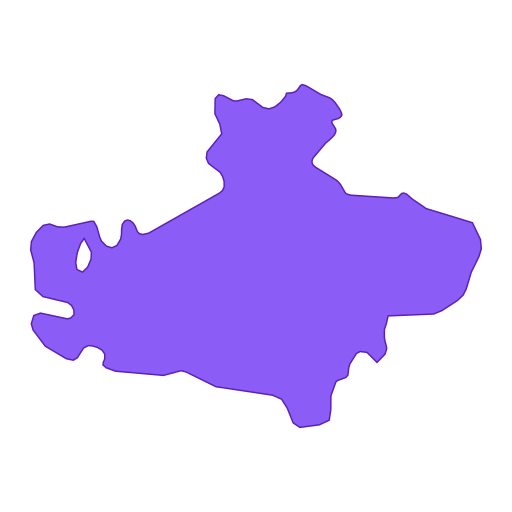 the Province of Avellino
{"feature_id": "ITA-5399", "entity_name": "Avellino", "entity_type": "Province", "adm_level": 1, "iso_a3": "ITA", "parent_name": "Italy", "parent_adm1": "", "projection": "albers", "projection_center": [15.029, 41.0], "detail": "fine", "context": "isolated", "style": "filled", "palette": "violet", "viewbox_px": 512, "rotation_deg": 0, "n_neighbors": 0, "source": "natural_earth", "source_scale": "10m", "svg_char_len": 2233}
<svg xmlns="http://www.w3.org/2000/svg" viewBox="0 0 512 512"><path d="M67.1,318.8L70.7,318.1L74.0,314.7L73.9,310.0L71.5,305.4L67.6,302.5L43.0,296.6L35.3,289.6L34.1,262.8L30.7,250.0L31.4,241.6L36.4,232.3L43.2,225.4L49.6,224.0L57.4,226.8L64.1,227.2L91.2,221.2L93.8,221.4L96.8,226.8L99.7,237.1L101.5,241.2L106.5,246.2L111.9,247.8L116.9,245.5L120.7,239.0L121.5,234.4L121.6,229.2L122.3,224.5L124.7,221.0L127.6,220.0L130.4,220.8L132.9,222.8L134.9,225.6L137.5,231.8L139.2,233.6L142.6,234.5L148.6,233.2L219.6,193.0L222.6,190.4L224.2,186.8L224.1,181.2L222.5,176.2L220.1,172.3L208.5,163.4L206.3,158.0L207.1,151.9L221.7,133.9L219.9,124.3L214.9,113.7L215.2,98.6L218.7,94.7L223.7,95.8L233.6,100.9L236.8,101.0L246.2,98.8L252.4,99.6L262.7,107.4L268.9,108.9L274.8,106.9L280.6,102.3L285.6,96.3L286.5,93.2L291.7,92.8L293.5,92.4L295.5,91.5L297.1,90.3L300.6,85.4L302.2,84.6L305.9,85.7L320.9,94.5L329.6,97.8L332.2,99.5L335.0,102.4L339.6,109.1L341.3,112.6L341.9,114.9L341.2,116.3L340.0,117.5L338.3,118.5L332.5,120.2L331.7,121.7L332.3,123.6L335.6,128.8L335.9,131.2L335.3,133.1L334.3,134.9L333.0,136.5L328.9,140.4L325.9,142.8L313.2,157.8L312.4,159.5L311.9,161.5L312.3,163.4L313.1,165.1L315.8,167.4L336.6,180.3L338.0,181.6L340.5,184.5L345.5,193.2L347.8,194.4L351.1,195.2L393.6,198.0L398.0,197.4L400.6,194.5L402.0,193.3L404.0,193.1L406.6,194.1L412.2,199.0L426.2,208.6L472.4,222.7L480.5,239.6L481.3,248.9L478.8,256.9L471.2,272.3L466.3,288.8L463.1,295.1L457.4,300.5L441.9,310.6L433.7,314.0L388.1,315.9L386.4,323.5L384.4,329.4L384.4,337.3L385.0,341.3L386.4,346.3L386.7,348.6L385.0,354.2L377.0,362.4L367.0,352.4L360.2,351.5L356.4,353.5L349.9,363.9L348.8,367.4L347.9,375.1L345.8,377.5L337.8,380.4L335.9,381.9L330.9,395.8L330.8,409.6L329.2,420.2L319.4,424.8L299.9,427.4L293.2,422.9L287.3,408.2L281.6,399.2L272.6,395.2L215.9,386.7L186.0,371.9L181.0,370.7L163.5,375.4L115.6,371.2L106.2,367.8L103.0,365.0L103.3,362.3L104.7,359.0L104.8,354.2L102.1,350.2L97.4,347.4L92.3,345.9L88.2,345.6L83.5,348.1L77.3,357.8L73.3,360.2L66.3,358.7L45.3,346.2L33.1,330.0L31.3,323.8L33.8,315.5L40.5,313.1L67.1,318.8ZM82.5,272.1L87.6,267.2L91.0,259.2L91.4,252.2L84.2,238.5L80.6,243.5L77.3,252.6L75.7,262.4L76.9,269.5L82.5,272.1Z" fill="#8b5cf6" stroke="#5b21b6" stroke-width="1.5"/></svg>